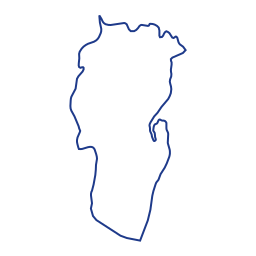 the Province of Khenchela
{"feature_id": "DZA-2219", "entity_name": "Khenchela", "entity_type": "Province", "adm_level": 1, "iso_a3": "DZA", "parent_name": "Algeria", "parent_adm1": "", "projection": "equal_earth", "projection_center": [7.088, 34.922], "detail": "fine", "context": "isolated", "style": "outline", "palette": "blue", "viewbox_px": 256, "rotation_deg": 0, "n_neighbors": 0, "source": "natural_earth", "source_scale": "10m", "svg_char_len": 2662}
<svg xmlns="http://www.w3.org/2000/svg" viewBox="0 0 256 256"><path d="M80.4,67.8L79.1,67.0L78.7,65.5L78.8,63.2L79.3,58.4L79.1,53.9L79.7,51.7L81.7,48.6L83.6,46.6L85.8,45.0L88.0,43.8L94.0,41.7L96.3,40.3L97.9,38.7L99.0,37.0L100.7,33.2L101.2,31.3L101.3,29.0L99.9,22.5L99.3,15.4L101.4,18.8L102.8,21.8L103.9,23.1L105.5,24.2L108.4,24.9L110.7,25.0L124.2,23.0L125.3,23.3L126.7,24.3L128.9,29.3L130.7,31.1L134.2,31.1L136.3,29.9L138.1,28.0L139.4,26.1L140.7,25.1L141.7,24.9L147.9,25.9L148.7,25.7L149.1,25.2L149.3,24.8L149.4,24.4L149.8,23.9L150.2,23.8L152.7,24.0L154.7,24.6L157.0,25.9L158.7,27.6L159.4,30.5L159.4,35.7L160.0,37.2L161.9,37.0L163.1,35.7L164.1,33.5L165.1,32.1L166.3,31.3L167.8,31.9L169.4,33.1L172.2,37.5L173.5,38.0L174.4,37.5L175.5,36.6L176.4,36.7L177.3,37.8L178.4,41.9L178.9,43.0L179.8,44.3L183.1,46.7L185.6,50.1L182.9,53.0L172.4,57.6L170.9,59.1L171.0,60.8L171.6,62.4L171.6,64.6L170.9,69.6L171.0,71.8L171.4,74.0L171.2,76.5L170.1,79.4L169.8,81.7L170.3,84.0L171.0,86.5L171.3,89.2L170.8,93.2L169.7,96.1L168.2,99.0L161.5,106.9L157.5,112.8L154.2,116.4L150.5,122.4L149.7,124.2L149.5,125.4L149.6,126.2L149.8,126.8L149.9,127.6L150.0,128.4L150.0,130.1L150.1,130.9L150.3,131.6L150.9,132.8L151.5,134.2L151.7,134.9L151.9,136.4L152.4,137.8L153.5,140.4L153.9,140.9L154.6,141.0L155.4,140.4L155.8,139.8L155.7,139.0L155.3,137.7L155.1,137.0L154.9,134.5L154.8,133.8L154.7,133.0L154.4,132.4L154.0,131.8L153.6,131.2L153.3,130.7L153.3,129.7L153.7,126.9L154.0,125.9L154.4,125.0L154.9,124.4L155.5,124.1L156.1,123.9L156.9,123.5L157.5,122.7L158.2,121.0L158.7,120.1L159.3,119.6L159.9,119.5L161.6,120.4L162.3,120.6L163.8,120.6L164.6,120.9L165.2,121.2L165.7,121.8L166.1,122.3L166.4,123.0L166.4,123.8L166.4,127.2L166.4,128.1L166.5,128.9L166.6,129.6L166.9,130.3L167.5,131.6L167.8,132.2L168.1,133.1L168.2,134.3L167.8,142.2L167.8,143.0L168.0,143.8L169.6,149.4L169.8,150.4L169.9,151.7L169.9,153.8L169.6,155.5L169.3,156.7L166.8,163.3L164.7,167.7L160.6,174.1L158.5,179.7L158.0,180.4L156.6,182.1L156.2,182.7L155.6,184.2L153.4,191.1L152.3,195.8L150.4,209.7L147.8,220.4L140.1,240.6L126.8,238.0L120.5,235.7L96.4,220.1L93.0,216.0L90.9,208.6L92.0,203.3L91.0,195.5L91.0,193.8L91.4,191.9L92.0,190.7L93.6,184.5L95.3,175.1L95.8,169.8L96.0,164.9L97.0,158.8L96.8,156.7L96.2,154.2L94.6,149.4L93.7,148.1L93.0,147.5L92.2,147.1L91.2,146.9L89.7,146.9L87.9,147.2L82.3,148.9L80.9,149.1L78.9,149.0L78.3,147.4L77.4,144.0L77.0,142.0L77.0,140.0L77.5,137.5L79.8,132.2L80.2,130.9L79.2,128.5L78.6,126.2L74.5,116.4L71.3,110.6L70.6,108.5L70.4,106.0L70.7,100.3L70.9,98.5L71.4,96.7L75.6,88.7L77.0,78.8L78.4,76.3L82.6,71.5L83.6,69.4L83.6,67.8L83.0,67.2L81.9,67.3L80.4,67.8Z" fill="none" stroke="#1e3a8a" stroke-width="2"/></svg>